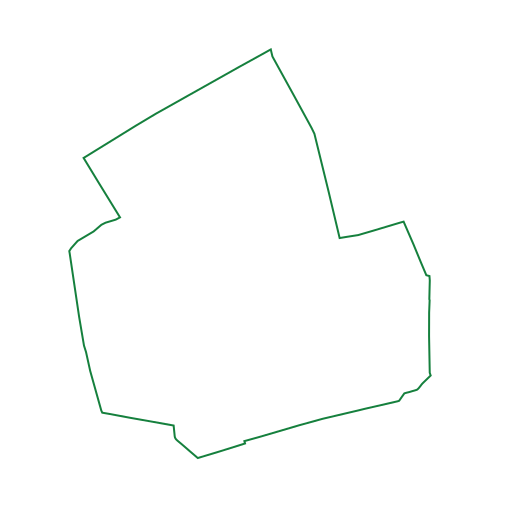 Calinesti, Teleorman, Romania (Mercator projection), rotated 96°
{"feature_id": "2599482B33881241213491", "entity_name": "Calinesti", "entity_type": "district", "adm_level": 2, "iso_a3": "ROU", "parent_name": "Romania", "parent_adm1": "Teleorman", "projection": "mercator", "projection_center": [25.227, 44.113], "detail": "fine", "context": "isolated", "style": "outline", "palette": "green", "viewbox_px": 512, "rotation_deg": 96, "n_neighbors": 0, "source": "geoboundaries", "source_scale": "gbopen_adm2", "svg_char_len": 1233}
<svg xmlns="http://www.w3.org/2000/svg" viewBox="0 0 512 512"><g transform="rotate(96 256 256)"><path d="M270.6,442.2L273.1,441.5L334.8,425.6L363.1,417.7L369.3,415.0L387.6,408.9L425.9,393.7L427.9,392.5L428.4,385.1L430.0,365.1L430.2,362.4L430.7,355.2L433.2,320.2L443.8,318.0L445.0,317.6L446.4,316.6L447.1,315.8L447.8,314.9L450.6,310.7L456.8,301.8L463.0,292.8L454.2,271.8L443.6,247.3L441.3,248.2L435.8,234.2L419.8,195.3L410.9,172.6L398.8,137.9L396.6,131.8L385.6,99.7L385.0,98.5L381.0,96.3L377.1,94.1L376.2,91.9L375.6,90.2L375.2,89.1L374.0,86.3L373.3,84.5L372.8,83.3L372.4,82.4L372.2,82.0L371.9,81.6L371.0,80.8L370.2,80.2L368.0,78.8L366.8,78.1L365.6,77.3L364.0,76.0L356.6,69.8L354.0,71.0L317.6,75.5L294.1,77.9L281.8,78.7L280.9,79.1L267.3,80.2L262.2,80.6L257.8,81.4L257.3,84.6L244.8,91.5L227.8,100.7L206.4,112.8L207.8,116.3L213.6,130.2L218.5,141.9L223.0,152.9L224.5,156.5L225.0,158.4L227.6,168.2L229.4,174.7L185.0,190.3L128.3,210.7L122.7,214.2L92.7,234.9L55.9,260.5L51.4,262.1L49.0,262.9L52.9,268.4L69.7,292.5L125.0,370.5L138.8,388.9L168.0,426.7L169.1,428.1L176.5,437.7L199.2,420.4L231.8,395.3L234.5,399.3L238.6,409.1L241.1,413.0L248.6,420.1L259.7,435.0L267.5,440.6L270.6,442.2Z" fill="none" stroke="#15803d" stroke-width="2"/></g></svg>